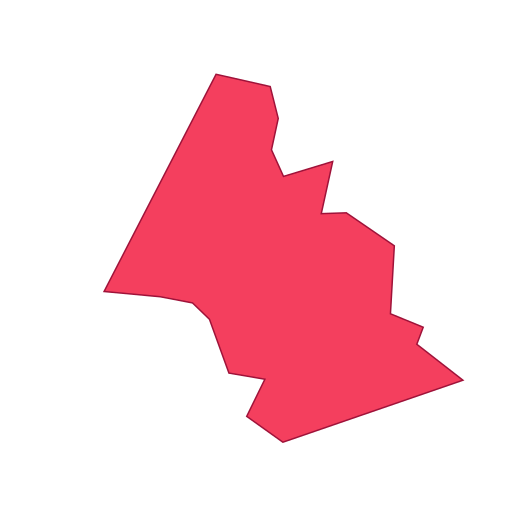 Mallakastër, Fier, Albania (orthographic projection), rotated 161°
{"feature_id": "67620474B72354996665991", "entity_name": "Mallakastër", "entity_type": "district", "adm_level": 2, "iso_a3": "ALB", "parent_name": "Albania", "parent_adm1": "Fier", "projection": "orthographic", "projection_center": [19.767, 40.529], "detail": "fine", "context": "isolated", "style": "filled", "palette": "rose", "viewbox_px": 512, "rotation_deg": 161, "n_neighbors": 0, "source": "geoboundaries", "source_scale": "gbopen_adm2", "svg_char_len": 445}
<svg xmlns="http://www.w3.org/2000/svg" viewBox="0 0 512 512"><g transform="rotate(161 256 256)"><path d="M156.5,267.4L180.5,274.8L152.7,320.4L204.1,322.3L206.8,351.4L190.2,378.8L187.4,411.6L234.6,440.8L411.2,271.9L359.7,248.6L331.3,232.3L320.6,211.3L319.7,154.1L287.7,136.6L317.0,107.4L291.2,71.2L100.8,71.2L132.7,120.2L121.1,134.2L147.7,157.6L121.9,220.6L156.4,267.2L156.5,267.4Z" fill="#f43f5e" stroke="#9f1239" stroke-width="1.5"/></g></svg>